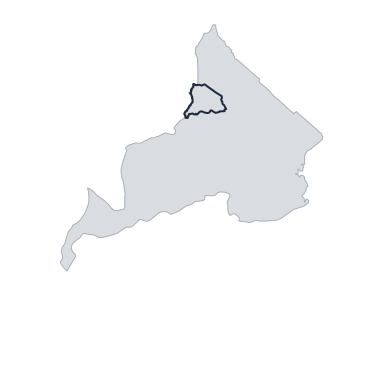 location of Kadei, Est, Cameroon, rotated 221°
{"feature_id": "32672807B29047919086815", "entity_name": "Kadei", "entity_type": "district", "adm_level": 2, "iso_a3": "CMR", "parent_name": "Cameroon", "parent_adm1": "Est", "projection": "orthographic", "projection_center": [14.712, 4.477], "detail": "fine", "context": "in_parent", "style": "outline", "palette": "slate", "viewbox_px": 384, "rotation_deg": 221, "n_neighbors": 0, "source": "geoboundaries", "source_scale": "gbopen_adm2", "svg_char_len": 6577}
<svg xmlns="http://www.w3.org/2000/svg" viewBox="0 0 384 384"><g transform="rotate(221 192 192)"><path d="M97.8,256.3L98.5,254.3L104.0,245.3L107.4,230.8L109.0,227.4L110.5,225.2L118.3,217.5L121.2,215.0L125.4,212.3L128.5,206.6L129.5,206.0L130.8,205.5L137.5,200.8L138.1,201.7L138.5,202.9L139.0,203.4L141.1,203.8L144.1,203.8L145.8,203.4L146.7,202.5L147.6,199.8L148.2,199.3L148.9,199.2L152.1,201.1L157.4,206.4L158.7,207.3L159.3,208.3L160.4,213.1L161.1,214.3L162.2,214.8L164.3,214.5L166.5,213.7L168.4,212.4L170.3,210.9L171.6,209.5L172.1,208.4L172.4,204.5L172.9,203.6L179.8,198.0L179.7,197.5L178.5,195.9L177.5,194.1L178.6,192.3L179.7,190.9L183.7,186.3L184.0,182.8L187.2,177.5L189.1,170.4L189.2,169.1L193.4,161.3L197.8,160.6L199.5,159.5L201.5,157.6L202.8,155.8L203.4,154.1L203.8,150.8L204.6,147.1L205.1,143.8L206.4,140.7L208.7,139.2L212.5,137.9L213.1,137.3L213.6,135.3L214.2,128.6L214.9,125.6L218.4,122.3L220.0,117.1L221.4,111.6L225.5,104.9L230.2,98.3L232.4,96.6L234.2,95.8L236.3,95.7L237.8,95.2L242.8,91.9L244.9,90.8L246.5,89.6L246.9,88.7L247.0,87.2L246.5,83.8L247.4,81.3L247.9,77.4L248.1,74.4L248.0,73.4L247.0,71.6L245.5,69.8L243.0,68.6L239.5,68.3L237.7,67.6L237.0,64.2L236.8,62.0L234.5,50.5L238.9,50.6L244.1,51.9L245.5,53.0L246.1,56.9L248.1,59.1L251.4,61.0L253.5,64.7L254.3,70.5L256.2,73.9L256.6,74.4L259.2,80.9L259.4,83.9L259.1,85.9L260.2,88.4L258.6,92.7L258.1,95.3L258.0,99.0L258.9,105.5L260.5,110.5L262.2,114.6L264.0,117.7L267.1,121.2L270.3,124.4L273.3,126.4L270.5,127.5L265.1,127.7L262.0,127.0L260.5,127.0L259.0,127.4L253.2,128.0L247.4,127.7L242.0,126.9L238.7,127.1L236.2,129.0L234.1,131.9L232.2,134.2L232.9,136.8L234.3,138.2L237.1,141.3L239.6,144.3L240.9,146.3L245.9,150.7L250.7,154.7L253.0,156.1L253.9,156.4L256.5,158.6L260.2,162.3L263.5,168.2L268.2,179.9L269.3,180.8L270.9,181.4L271.1,182.7L270.9,184.5L270.4,186.0L266.7,192.1L263.4,194.5L262.4,195.9L261.2,199.5L258.2,206.4L256.9,207.4L253.9,212.1L251.5,218.0L250.9,219.0L249.9,219.7L246.4,221.2L245.3,221.9L243.5,223.8L243.3,225.0L244.1,226.6L245.0,228.0L246.9,228.0L247.9,229.3L247.8,238.5L247.0,239.9L247.0,240.5L246.6,242.1L246.5,243.8L246.8,244.5L247.5,245.1L248.4,246.3L249.0,249.2L250.1,259.1L250.7,260.7L251.7,261.8L254.7,263.9L257.9,266.8L258.9,268.6L259.5,271.6L260.8,274.0L260.7,274.8L260.2,275.1L258.2,275.3L258.9,277.0L260.6,280.0L268.7,289.2L276.6,297.4L278.5,298.0L279.9,298.2L280.4,298.7L281.2,299.8L283.8,302.8L284.3,304.5L283.7,306.2L284.3,308.8L284.8,309.7L284.6,310.5L284.9,313.6L285.6,316.4L286.8,318.7L286.6,320.3L285.1,321.2L284.2,322.8L284.0,324.9L284.4,327.5L285.6,330.5L285.6,332.3L283.7,333.5L281.6,331.4L279.3,330.0L275.8,327.5L272.3,326.7L267.8,326.5L265.8,326.8L262.4,324.8L261.4,324.6L259.8,325.4L258.8,325.4L257.5,325.1L254.9,325.1L254.7,323.7L254.3,323.4L251.5,323.6L250.6,322.4L250.2,322.5L249.1,322.2L246.9,320.5L244.5,321.6L239.6,321.5L214.9,321.4L214.3,319.8L213.1,319.0L210.9,319.0L204.3,319.3L199.3,319.0L195.9,318.4L191.8,318.0L186.6,318.3L181.3,318.2L171.8,317.8L166.6,317.8L166.7,318.8L166.4,319.4L166.1,321.1L132.6,320.9L129.9,319.7L129.1,319.0L128.8,317.6L128.2,317.5L128.8,311.6L129.9,306.8L130.4,302.3L132.0,298.2L131.1,294.2L130.2,292.5L125.2,286.8L127.5,284.6L124.4,284.9L123.8,282.8L122.3,280.3L123.2,279.9L124.1,278.5L126.9,278.9L126.8,278.3L124.4,276.1L124.7,275.1L125.7,273.9L125.2,273.4L123.5,274.6L122.2,274.5L121.3,273.7L120.6,273.6L121.0,275.2L120.0,276.7L119.1,277.2L117.6,277.1L116.3,276.7L116.0,275.9L114.8,275.2L111.4,274.1L108.6,272.9L108.1,269.4L107.0,267.9L106.6,266.2L106.3,264.3L106.7,261.3L106.0,260.9L105.2,260.7L104.0,260.8L102.9,260.7L101.5,259.0L100.4,258.4L101.1,261.4L100.2,262.2L98.2,262.0L97.4,260.8L97.2,260.0L98.2,256.3L97.8,256.3Z" fill="#d9dde1" stroke="#a8b0b8" stroke-width="1"/><path d="M259.0,275.4L259.4,275.2L259.8,275.2L260.1,275.1L260.3,275.0L261.0,274.9L261.2,274.6L261.3,274.6L261.6,274.5L261.8,274.4L261.8,274.2L261.7,274.0L261.3,274.0L261.1,274.1L261.0,273.7L260.8,273.5L260.8,273.2L260.7,273.1L260.5,272.9L260.3,272.8L260.2,272.7L260.0,272.3L260.0,272.2L260.1,271.8L260.2,271.7L260.2,271.4L260.0,271.0L259.9,270.7L260.0,270.4L259.9,270.2L259.8,269.8L259.8,269.7L259.9,269.4L259.9,269.2L259.7,269.1L259.8,269.0L259.7,268.9L259.7,268.7L259.7,268.4L259.5,268.1L259.4,268.0L259.2,267.9L259.0,267.7L258.9,267.4L258.8,267.1L258.5,266.9L258.5,266.6L258.4,266.6L258.2,266.7L258.1,266.4L257.9,266.1L257.9,265.9L257.8,265.5L257.7,265.4L257.8,265.3L257.7,265.3L257.4,265.3L257.0,265.2L256.9,264.9L256.7,264.9L256.4,264.9L256.1,264.9L256.0,264.7L255.9,264.6L255.7,264.5L255.5,264.4L255.3,264.3L255.1,264.1L254.8,264.1L254.6,264.1L254.5,263.8L254.2,263.5L254.1,263.4L253.9,263.4L253.8,263.0L253.6,263.0L253.3,263.0L253.2,262.9L253.0,262.7L252.8,262.6L252.6,262.3L252.4,262.2L252.2,262.0L252.1,261.8L252.0,261.7L251.9,261.6L251.7,261.4L251.3,261.2L251.1,260.8L251.0,260.7L250.9,260.6L250.7,260.5L250.8,260.3L250.7,260.0L250.6,259.9L250.5,259.7L250.6,259.3L250.5,258.9L250.5,258.7L250.5,258.3L250.5,258.1L250.5,257.6L250.4,257.3L250.3,257.1L250.2,257.0L250.0,256.8L250.0,256.7L250.3,256.5L250.3,256.4L250.3,256.2L250.4,255.9L250.5,255.8L250.3,254.9L250.1,254.8L250.2,254.6L250.1,254.4L250.3,254.3L250.3,254.2L250.1,253.8L250.0,253.7L249.9,253.2L249.8,252.8L249.6,252.7L249.7,252.3L249.7,252.2L249.8,251.8L249.8,251.6L249.6,251.4L249.5,251.2L249.4,251.1L249.4,250.9L249.5,250.8L249.4,250.6L249.5,250.6L249.5,250.4L249.5,249.7L249.5,249.4L249.4,249.2L249.4,248.7L249.7,248.6L249.8,248.4L249.7,247.9L249.3,246.3L249.3,246.2L249.2,246.0L248.9,245.9L248.8,245.7L248.7,245.6L248.3,245.4L248.1,245.4L247.8,245.5L247.6,245.4L247.4,245.4L247.2,245.2L246.9,245.2L246.7,245.1L246.6,244.8L246.3,244.7L245.8,244.2L245.6,243.9L245.1,244.3L244.5,244.4L244.0,244.8L244.1,245.7L244.8,246.5L244.6,247.3L245.1,248.2L245.3,249.1L244.6,249.5L244.1,250.3L243.2,251.5L242.7,251.8L241.3,251.9L240.8,252.3L240.4,253.5L239.4,253.5L239.0,253.8L238.9,254.0L238.9,255.2L238.8,257.5L238.4,258.3L237.4,259.3L234.5,260.3L232.0,261.8L231.0,263.5L231.5,265.6L230.9,266.3L230.1,266.5L229.1,266.6L227.5,266.9L226.3,267.1L224.3,269.6L224.2,269.9L224.0,270.3L224.1,270.9L220.8,274.0L220.6,274.7L221.3,275.1L221.4,275.6L221.2,276.3L220.8,277.0L223.2,278.0L224.8,278.6L226.3,278.4L227.0,278.8L227.7,279.3L228.1,279.9L229.5,280.2L229.6,280.3L230.3,280.6L230.9,281.3L230.9,282.1L231.4,282.9L232.6,283.8L235.2,283.4L239.0,282.8L240.5,282.6L242.8,282.5L244.4,282.3L246.1,282.1L248.3,281.9L252.8,281.6L253.3,281.2L253.8,280.4L254.2,279.1L254.5,278.6L255.2,278.4L256.2,278.1L257.2,277.3L258.0,276.5L258.1,276.3L258.8,275.4L259.0,275.4Z" fill="none" stroke="#1e293b" stroke-width="2"/></g></svg>